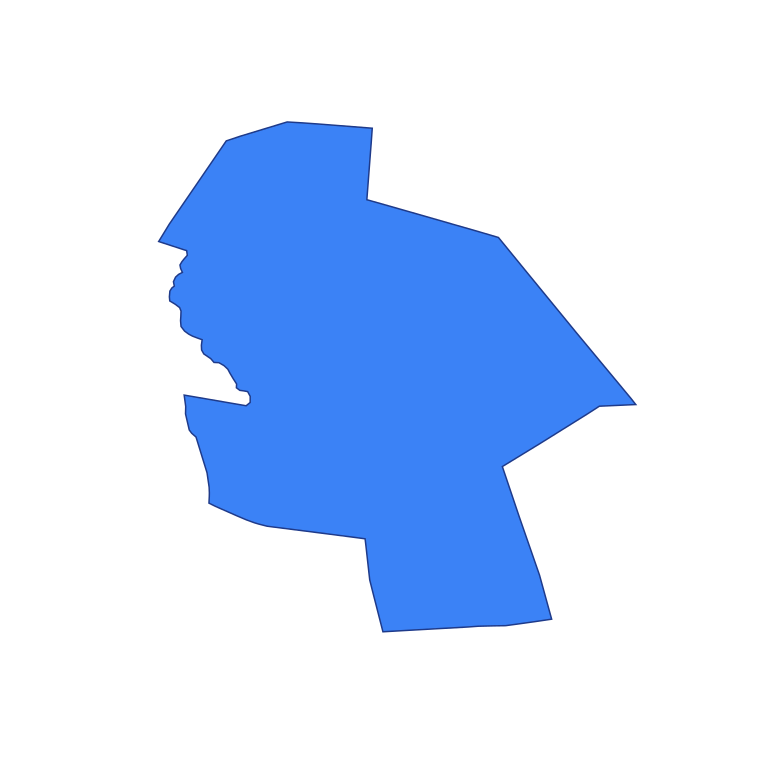 the district of Embakasi East, Nairobi, Kenya, rotated 302°
{"feature_id": "3690345B74983117878970", "entity_name": "Embakasi East", "entity_type": "district", "adm_level": 2, "iso_a3": "KEN", "parent_name": "Kenya", "parent_adm1": "Nairobi", "projection": "equal_earth", "projection_center": [36.924, -1.309], "detail": "fine", "context": "isolated", "style": "filled", "palette": "blue", "viewbox_px": 768, "rotation_deg": 302, "n_neighbors": 0, "source": "geoboundaries", "source_scale": "gbopen_adm2", "svg_char_len": 1443}
<svg xmlns="http://www.w3.org/2000/svg" viewBox="0 0 768 768"><g transform="rotate(302 384 384)"><path d="M253.5,231.5L241.8,243.2L240.3,247.1L239.4,252.7L214.9,281.0L203.8,290.4L199.1,293.6L196.1,295.4L190.2,298.7L190.9,305.7L191.8,312.2L194.2,328.8L195.0,333.8L195.9,339.5L197.6,347.5L198.8,351.9L201.5,360.4L227.2,416.1L240.5,445.1L242.7,450.0L237.6,454.1L210.3,475.7L200.0,486.4L173.3,514.4L187.6,534.6L222.6,584.2L228.6,592.4L237.3,605.6L243.5,615.2L251.8,625.2L262.6,638.1L273.4,650.8L304.3,617.2L343.2,568.9L376.7,528.1L418.1,548.8L466.9,572.6L479.3,578.4L489.7,593.5L500.0,608.4L502.6,601.2L529.7,519.2L554.4,446.1L568.9,403.4L563.4,383.7L542.9,312.2L541.0,305.6L531.2,271.8L571.9,250.5L581.1,245.7L594.7,238.5L570.1,191.3L562.1,176.2L554.9,163.0L518.0,130.8L506.6,121.4L460.3,119.5L406.0,117.2L385.4,117.4L392.5,146.0L388.9,149.0L384.1,148.2L380.6,147.8L376.8,147.9L374.2,150.3L371.8,153.9L368.1,151.7L364.2,150.6L359.2,151.2L355.9,154.3L353.0,153.2L349.3,153.2L344.2,155.8L340.9,158.3L341.0,164.5L340.5,170.2L338.3,173.2L333.8,175.8L329.9,177.9L325.2,181.4L323.2,186.8L322.8,191.9L323.1,196.2L324.2,201.8L325.2,206.3L320.1,208.6L316.2,211.3L314.0,215.3L313.7,223.6L312.2,228.4L314.6,232.7L314.8,238.6L313.8,243.7L311.6,247.5L308.5,253.5L305.9,259.0L302.6,260.8L302.2,265.1L303.8,268.6L305.3,272.4L302.6,277.1L297.4,280.3L292.5,278.6L268.7,220.4L259.8,227.8L253.5,231.5Z" fill="#3b82f6" stroke="#1e3a8a" stroke-width="1.5"/></g></svg>